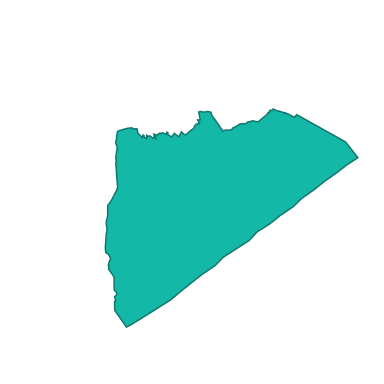 outline of Bergen (NH), Noord-Holland, Netherlands, rotated 224°
{"feature_id": "6326949B45779726628378", "entity_name": "Bergen (NH)", "entity_type": "district", "adm_level": 2, "iso_a3": "NLD", "parent_name": "Netherlands", "parent_adm1": "Noord-Holland", "projection": "natural_earth1", "projection_center": [4.7, 52.666], "detail": "fine", "context": "isolated", "style": "filled", "palette": "teal", "viewbox_px": 384, "rotation_deg": 224, "n_neighbors": 0, "source": "geoboundaries", "source_scale": "gbopen_adm2", "svg_char_len": 5559}
<svg xmlns="http://www.w3.org/2000/svg" viewBox="0 0 384 384"><g transform="rotate(224 192 192)"><path d="M275.9,171.0L273.9,168.2L273.5,167.6L273.3,167.3L272.8,166.7L272.4,166.2L271.6,165.0L271.4,164.6L271.1,164.2L270.5,163.6L269.8,163.0L269.2,162.6L268.5,162.1L268.4,161.9L267.7,161.0L266.9,159.9L266.5,159.5L265.5,158.6L264.2,157.5L260.0,153.7L258.0,151.8L256.0,150.1L254.3,148.6L250.4,145.2L249.3,144.2L248.6,143.4L248.3,142.9L248.1,142.6L247.9,142.2L247.7,141.6L247.2,140.2L246.8,138.9L246.5,137.6L245.0,132.9L244.6,131.6L244.2,130.0L244.0,128.8L243.8,127.7L243.4,127.7L243.8,127.6L243.3,123.9L242.6,123.0L239.8,120.1L239.0,119.3L236.0,116.0L235.6,115.5L233.0,111.0L232.7,110.6L230.4,108.6L227.6,106.5L227.2,106.1L226.9,105.8L226.6,105.3L226.2,104.8L225.7,104.1L224.8,102.7L224.4,102.1L220.8,97.8L215.9,92.0L215.4,91.5L214.6,90.8L212.0,88.5L209.4,89.0L208.8,89.0L208.5,89.0L208.0,88.9L205.7,88.1L204.7,87.8L204.4,87.6L204.2,87.5L204.1,87.3L203.7,85.8L203.4,85.0L203.0,84.1L202.7,83.6L202.3,83.0L201.7,81.9L201.5,81.5L201.4,81.2L201.0,80.9L200.8,80.8L200.0,80.7L199.7,80.5L199.5,80.4L199.4,80.1L199.0,79.2L198.8,78.9L198.7,78.8L198.1,78.6L196.9,78.3L196.1,78.1L193.3,77.6L192.8,77.5L192.5,77.5L191.8,77.3L191.0,77.2L189.8,76.8L189.5,76.7L187.7,75.5L187.4,75.3L186.9,74.6L185.1,72.7L183.3,70.9L181.9,69.5L180.0,67.7L179.6,67.4L179.2,67.2L178.9,67.3L178.2,67.4L177.1,67.4L176.4,67.2L175.9,67.0L175.6,66.8L175.1,66.4L174.9,66.0L174.8,64.9L174.9,63.6L174.9,62.9L174.5,62.5L173.9,62.2L173.6,62.1L172.0,61.5L171.7,61.4L171.5,61.1L171.4,60.9L171.4,60.6L171.6,60.3L171.7,60.0L171.7,59.9L171.6,59.6L170.6,58.4L168.6,56.4L167.4,55.2L165.3,53.2L145.3,49.3L143.3,55.7L139.6,70.1L135.8,85.7L132.4,99.6L131.1,112.6L129.3,126.4L127.6,139.3L124.3,155.0L124.2,166.8L117.2,196.8L117.5,208.2L113.9,223.2L112.3,236.0L109.0,251.6L108.6,263.9L105.8,278.3L104.1,291.6L101.4,305.8L99.5,318.7L96.5,331.9L116.2,334.7L170.3,320.4L170.3,319.7L170.3,319.3L170.4,319.0L170.4,318.8L170.3,318.4L170.3,318.1L170.3,317.9L170.4,317.5L170.5,316.4L171.0,316.4L171.3,316.4L172.3,316.1L172.6,316.2L172.8,316.1L173.3,315.9L175.6,315.1L175.8,315.4L180.3,313.5L180.0,313.3L185.4,310.8L185.2,310.5L185.2,310.4L185.3,310.3L185.7,310.1L187.8,309.3L191.2,308.1L190.9,307.8L190.8,307.3L190.8,306.8L190.8,306.5L190.9,306.2L191.0,305.9L191.6,305.8L192.3,305.5L192.5,305.4L192.6,305.2L192.7,304.9L192.6,304.4L192.5,304.1L192.4,303.9L191.7,303.0L191.6,302.5L191.7,302.4L191.9,302.3L192.4,302.0L192.4,301.9L192.2,301.3L191.9,299.7L192.0,298.5L192.1,297.3L192.3,296.5L192.4,295.2L192.6,293.4L192.8,292.4L192.9,291.9L192.9,291.7L192.8,291.4L192.8,290.9L192.8,290.6L192.8,290.4L192.9,289.6L193.0,289.5L193.2,289.2L193.3,288.9L193.4,288.7L193.4,288.4L193.4,288.2L193.6,288.0L194.1,287.6L195.3,286.9L197.1,285.8L197.9,285.3L198.2,285.0L198.2,284.9L198.1,284.2L198.2,283.9L198.4,283.8L198.8,283.6L199.0,283.4L199.8,282.0L200.5,281.0L200.7,280.8L200.8,280.6L200.6,280.0L200.5,279.8L200.6,279.2L200.7,278.7L201.1,278.1L201.5,277.4L202.0,277.2L202.7,276.7L202.9,276.5L203.2,276.2L204.5,274.6L204.6,274.4L205.2,272.4L205.4,271.1L205.4,270.8L206.0,269.5L206.0,269.3L206.1,268.5L206.2,268.3L207.1,266.7L207.2,266.3L206.8,264.8L206.7,264.5L206.8,264.2L206.9,263.8L207.8,263.0L208.0,262.8L208.2,262.3L208.4,262.1L209.0,261.4L209.2,261.2L210.7,260.2L210.8,260.0L212.2,257.3L220.0,258.9L225.6,260.0L228.0,260.4L231.0,260.9L231.1,261.0L233.7,262.5L233.9,262.5L234.0,262.5L235.7,261.4L236.4,260.9L237.2,260.3L237.4,260.1L237.5,259.9L237.7,259.1L237.8,258.9L238.8,258.0L240.0,256.9L240.5,256.6L241.1,256.4L241.8,255.7L242.1,255.5L242.2,255.3L242.2,255.1L242.2,254.7L242.3,254.5L242.4,254.3L242.7,254.1L240.5,252.6L238.6,251.3L236.1,249.6L237.8,248.0L238.0,247.8L234.6,246.4L234.4,246.4L234.2,246.3L235.6,244.6L236.0,243.9L236.1,243.7L236.1,243.2L236.0,242.0L236.0,241.7L236.1,241.3L236.0,241.1L235.9,241.0L235.4,240.3L235.2,239.7L235.0,239.3L235.0,239.1L235.2,237.4L235.8,234.4L235.8,233.5L236.0,230.7L236.4,228.3L237.3,228.1L238.2,228.0L238.6,228.0L239.4,228.0L239.7,228.0L240.2,227.9L240.6,227.9L240.8,227.8L241.4,227.8L239.7,222.6L241.9,222.3L243.7,222.1L243.9,222.1L244.0,222.0L245.5,221.9L245.3,220.7L245.1,218.8L245.0,218.1L244.7,217.6L244.6,217.4L245.7,217.2L248.8,216.6L249.3,216.8L249.8,217.0L250.0,217.4L250.1,217.5L250.7,218.0L251.6,217.7L250.5,215.6L251.5,215.3L253.0,214.7L254.8,213.8L254.7,213.8L254.7,213.7L254.7,212.9L254.9,212.5L255.0,212.4L255.8,212.1L255.7,212.0L255.7,211.7L256.0,211.3L256.1,211.2L256.3,210.8L256.5,210.1L256.7,209.7L256.6,209.1L256.5,208.2L257.8,208.0L258.5,207.8L258.8,207.7L259.1,207.4L259.3,207.4L259.7,207.1L259.3,206.9L258.7,206.6L258.5,206.4L258.3,206.4L257.1,206.2L256.7,206.2L255.3,205.4L257.5,205.3L257.5,203.5L257.9,203.6L258.4,203.6L258.5,203.5L261.2,203.2L261.8,202.2L262.3,201.5L263.9,201.4L261.8,199.0L261.9,198.6L262.3,198.6L264.9,198.5L265.0,198.5L265.7,199.3L266.8,199.1L265.4,196.7L265.5,196.7L265.9,196.8L266.0,196.9L268.3,196.6L268.7,196.6L268.8,196.7L269.4,196.7L270.5,196.7L271.3,196.7L271.6,196.7L272.0,196.9L272.3,197.0L272.6,197.2L275.2,199.1L275.3,199.2L275.4,199.3L275.5,199.3L275.9,199.1L276.1,198.8L276.6,198.2L277.5,197.2L278.7,196.1L279.6,196.5L280.9,195.2L283.1,192.4L283.3,192.0L285.9,187.4L286.2,186.9L286.5,186.6L287.0,185.5L287.2,185.0L287.5,184.3L287.5,184.0L287.4,183.6L287.2,183.1L286.7,182.3L285.7,180.9L284.7,179.5L284.4,179.1L283.5,178.3L283.2,177.9L282.6,176.6L281.8,175.2L281.3,174.8L280.7,174.3L280.0,173.8L279.5,173.5L278.3,173.1L277.6,172.7L277.1,172.4L276.6,171.9L275.9,171.0Z" fill="#14b8a6" stroke="#0f766e" stroke-width="1.5"/></g></svg>